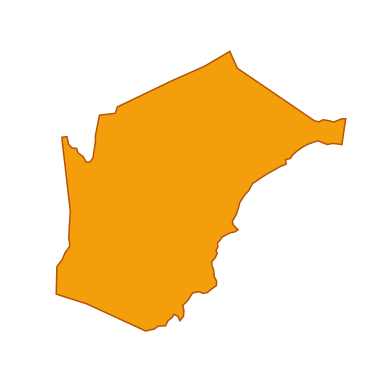 outline of São José do Campestre, Rio Grande do Norte, Brazil, rotated 191°
{"feature_id": "56859067B48903560700593", "entity_name": "São José do Campestre", "entity_type": "district", "adm_level": 2, "iso_a3": "BRA", "parent_name": "Brazil", "parent_adm1": "Rio Grande do Norte", "projection": "mercator", "projection_center": [-35.766, -6.302], "detail": "fine", "context": "isolated", "style": "filled", "palette": "amber", "viewbox_px": 384, "rotation_deg": 191, "n_neighbors": 0, "source": "geoboundaries", "source_scale": "gbopen_adm2", "svg_char_len": 1377}
<svg xmlns="http://www.w3.org/2000/svg" viewBox="0 0 384 384"><g transform="rotate(191 192 192)"><path d="M211.0,46.7L207.4,48.3L203.0,50.2L199.7,53.8L195.9,54.8L192.4,55.6L191.1,61.0L187.7,64.8L186.3,68.5L182.2,67.3L179.3,63.3L176.6,68.5L177.3,74.0L179.4,79.1L176.5,82.9L174.8,86.2L172.2,92.9L166.0,95.6L162.0,94.5L157.8,96.2L153.2,101.6L150.2,104.8L150.9,109.3L154.0,113.1L155.9,119.9L158.4,123.5L159.3,127.3L156.7,131.8L155.5,136.4L157.3,139.5L156.1,142.9L157.3,147.2L155.1,150.1L153.8,153.6L150.1,156.6L146.7,159.3L142.7,160.8L139.6,163.7L145.3,167.6L146.9,170.9L144.2,178.5L143.4,184.7L143.0,190.8L140.2,198.2L136.6,204.2L134.2,211.8L129.2,216.8L122.2,223.7L115.1,229.7L110.0,234.0L104.8,237.4L106.3,241.8L101.9,243.6L100.6,246.9L98.1,250.5L94.8,254.4L91.1,258.0L87.8,260.6L82.4,264.0L77.7,266.3L71.9,265.0L67.9,264.5L63.9,266.3L59.3,266.9L53.9,267.1L55.1,293.3L59.3,292.3L66.2,287.7L70.7,288.1L77.1,288.0L80.5,285.2L85.3,285.2L149.1,312.7L171.1,322.1L181.7,337.3L203.9,317.7L221.5,305.4L232.0,298.1L281.5,261.3L282.3,254.6L297.5,249.8L297.6,228.9L296.4,223.0L295.7,206.5L298.0,202.0L301.6,201.2L305.7,206.0L311.4,208.7L313.7,212.8L318.1,212.3L322.3,215.3L325.3,222.5L330.1,220.9L329.2,217.4L307.9,150.3L304.2,123.0L302.6,119.1L301.8,115.0L305.1,108.0L306.4,101.2L310.4,93.1L305.8,65.8L273.9,62.1L211.0,46.7Z" fill="#f59e0b" stroke="#b45309" stroke-width="1.5"/></g></svg>